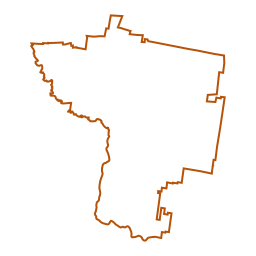 Xicoténcatl, Tamaulipas, Mexico (Natural Earth projection)
{"feature_id": "50627088B55744445073678", "entity_name": "Xicoténcatl", "entity_type": "district", "adm_level": 2, "iso_a3": "MEX", "parent_name": "Mexico", "parent_adm1": "Tamaulipas", "projection": "natural_earth1", "projection_center": [-99.006, 22.986], "detail": "fine", "context": "isolated", "style": "outline", "palette": "amber", "viewbox_px": 256, "rotation_deg": 0, "n_neighbors": 0, "source": "geoboundaries", "source_scale": "gbopen_adm2", "svg_char_len": 5591}
<svg xmlns="http://www.w3.org/2000/svg" viewBox="0 0 256 256"><path d="M153.5,237.2L154.6,236.7L161.2,238.0L161.9,232.1L165.3,232.6L165.5,231.6L168.9,232.1L171.5,213.3L167.9,212.7L167.6,214.6L164.1,214.0L164.6,209.9L164.8,208.4L161.3,207.8L160.0,217.5L159.7,219.9L156.7,219.4L160.2,193.4L158.1,193.1L158.2,191.1L161.5,191.5L161.9,187.7L166.4,188.4L166.9,184.5L167.1,182.4L172.8,183.5L172.9,182.7L177.4,183.4L177.7,182.2L181.7,182.8L183.7,168.4L200.9,171.3L211.8,173.6L212.2,170.0L212.7,166.6L212.6,166.4L213.0,165.7L212.8,165.6L212.9,164.8L213.6,159.8L215.4,160.1L217.0,147.1L220.2,127.7L224.7,97.3L221.0,96.8L220.8,98.4L220.7,98.4L216.4,97.6L215.4,102.0L206.9,101.4L207.8,94.9L216.8,94.3L217.4,88.8L219.2,72.2L223.1,72.8L224.1,64.6L224.3,63.4L224.0,55.5L219.7,54.8L214.6,54.0L197.2,50.5L188.5,49.0L151.7,41.8L148.2,41.2L147.5,39.4L144.8,39.1L144.7,42.2L141.7,42.0L142.8,35.2L137.4,35.0L129.7,34.2L130.5,31.0L129.3,30.9L128.6,30.4L127.4,30.1L127.0,29.9L126.7,29.9L123.7,29.0L121.4,28.2L117.9,27.4L122.3,16.1L110.8,15.4L110.5,17.1L109.7,21.4L108.5,28.7L106.2,28.4L104.6,36.3L99.1,36.2L95.3,36.6L92.9,36.6L86.7,35.9L87.2,37.9L86.8,39.9L85.6,49.3L77.9,47.9L76.4,47.7L76.4,47.2L72.9,47.7L72.9,45.5L71.3,45.8L70.8,43.0L64.8,44.5L63.0,44.5L62.8,42.5L53.7,42.9L48.8,43.0L48.7,42.9L48.0,42.9L48.0,43.4L43.1,43.1L43.1,44.0L37.3,43.8L31.5,43.4L31.7,43.9L32.8,44.4L33.0,44.8L32.7,45.3L31.3,45.9L31.3,46.2L31.6,46.5L32.0,47.3L33.4,49.1L33.6,49.9L34.2,51.0L34.4,51.6L34.3,52.2L33.7,52.4L33.7,53.0L33.6,53.6L34.0,54.2L34.4,55.2L34.5,55.6L34.3,55.9L34.4,56.4L34.6,56.6L35.0,57.1L35.4,57.7L35.8,58.3L37.1,59.5L37.7,60.3L37.9,60.6L37.7,60.9L37.1,61.3L35.7,61.6L35.5,62.7L35.6,63.2L36.0,63.8L37.0,65.0L38.0,65.6L39.4,65.8L40.6,65.2L41.3,65.2L41.9,65.4L42.1,66.0L42.3,68.0L42.0,69.2L41.6,69.5L41.2,70.9L40.6,71.6L40.4,72.3L41.0,72.7L42.0,72.8L42.6,72.5L42.9,72.4L43.1,72.5L43.3,73.4L44.1,74.1L44.3,74.9L44.2,75.6L43.8,76.6L44.0,77.0L44.5,77.4L44.5,78.0L44.3,78.3L43.5,78.9L43.2,79.3L43.3,79.6L43.6,79.7L44.0,80.3L44.8,80.9L45.1,80.9L45.6,80.8L46.0,80.6L46.4,80.5L46.8,80.9L46.7,81.2L46.8,81.4L47.0,81.5L48.2,81.6L49.7,81.2L50.6,80.8L51.3,80.0L51.6,80.0L52.0,80.3L52.3,81.0L52.1,81.7L51.9,82.1L52.2,82.9L51.9,84.1L51.7,84.5L51.2,84.8L51.5,85.6L51.7,86.0L52.3,86.3L52.3,86.6L52.3,86.8L52.0,87.0L51.9,87.3L52.3,87.9L52.3,88.2L52.3,88.7L51.7,89.3L51.9,89.9L51.6,90.1L51.2,90.3L51.2,90.7L52.2,91.4L53.0,92.7L53.0,93.0L51.0,93.8L50.6,93.5L50.4,93.4L50.3,93.7L50.5,94.6L50.6,95.5L50.8,95.6L51.8,95.7L52.8,95.6L53.3,95.5L55.1,96.3L55.6,97.0L55.8,98.3L56.0,98.7L57.1,99.4L57.3,99.8L57.3,100.2L57.8,100.5L58.3,100.0L58.6,100.3L58.9,101.0L59.1,101.1L59.4,101.1L60.0,100.8L60.2,100.3L61.3,100.6L61.6,100.9L61.8,101.1L61.9,101.3L61.9,101.6L61.3,101.9L61.1,102.2L61.2,103.0L61.7,103.3L63.3,103.5L70.5,102.9L71.1,102.9L70.1,110.0L69.6,110.0L69.3,110.2L68.8,111.0L68.2,111.3L68.1,111.6L68.6,111.7L69.1,111.3L69.2,110.9L69.4,110.4L69.6,110.2L69.9,110.1L70.1,110.3L70.3,110.5L70.3,110.9L70.2,111.7L70.2,112.0L70.3,112.4L70.7,112.8L71.1,112.7L71.3,112.6L71.7,112.2L71.8,112.0L71.9,111.7L72.2,111.5L72.4,111.6L72.6,111.8L72.9,112.4L73.5,113.0L73.8,114.4L74.2,114.7L75.5,114.2L75.9,114.2L76.3,115.1L77.7,116.1L78.4,116.5L79.1,116.5L79.6,116.8L80.2,116.8L80.4,116.1L81.0,115.6L81.3,115.5L81.8,115.5L82.0,115.8L81.9,116.2L81.3,116.9L81.4,117.2L82.0,117.3L83.3,116.6L84.1,116.5L84.9,116.4L86.0,117.3L86.7,117.6L87.0,117.7L88.4,117.4L88.7,117.5L88.6,118.4L88.2,119.0L88.2,119.4L89.9,120.5L90.0,120.9L90.2,121.2L90.6,121.3L91.0,121.3L91.6,121.2L92.7,121.4L93.2,121.3L94.2,121.1L95.1,121.1L95.6,120.8L96.1,120.3L96.4,119.6L97.0,119.1L97.5,119.0L97.9,119.1L98.5,119.4L99.2,119.4L99.4,119.4L99.7,119.6L101.2,120.6L101.5,121.1L101.3,122.0L101.4,122.6L102.3,123.3L103.7,125.7L104.1,126.2L105.6,127.5L106.4,128.0L106.7,128.1L107.4,127.8L107.8,127.7L108.1,127.8L108.2,128.2L108.3,128.5L108.3,129.4L108.7,129.8L109.0,130.2L109.0,130.6L108.8,131.1L108.6,132.3L108.6,132.8L108.6,133.4L108.5,135.2L108.9,135.7L109.2,136.6L108.3,137.9L107.8,139.1L107.4,140.4L107.3,141.0L107.3,141.6L108.0,144.9L108.0,145.7L107.7,146.5L106.5,148.1L106.4,149.5L106.7,150.3L107.5,152.1L108.4,154.4L109.2,157.8L109.4,159.9L109.1,160.7L108.7,161.1L106.8,162.2L105.6,163.0L104.7,163.1L103.7,163.7L102.8,164.8L102.0,168.5L102.0,171.0L102.6,173.6L102.5,174.6L100.6,179.8L100.1,181.9L99.5,185.6L99.4,188.3L100.2,192.1L100.3,193.1L100.0,195.4L99.4,196.4L98.9,200.1L98.7,200.7L98.3,201.0L97.3,201.9L96.8,202.7L96.5,204.0L96.3,205.2L96.6,207.5L95.7,211.8L95.2,212.5L94.9,213.7L95.2,215.0L95.9,215.9L96.2,216.5L96.2,217.6L96.3,218.4L96.7,219.0L97.6,219.6L98.1,219.7L98.4,219.8L98.7,220.2L99.2,220.5L99.7,220.8L100.0,221.3L100.6,221.8L101.1,222.2L101.7,222.6L102.5,223.0L103.2,223.3L105.7,224.0L107.4,224.4L107.8,224.4L108.3,224.2L108.8,223.9L109.3,223.3L109.8,222.6L110.0,221.9L110.7,221.1L111.0,220.8L112.0,221.1L112.6,221.5L114.2,222.8L115.6,224.3L117.2,225.4L118.2,225.9L119.1,226.7L120.2,227.3L120.6,227.4L121.2,227.4L122.2,226.8L122.5,226.8L122.9,226.8L124.1,227.3L125.0,227.4L125.9,227.0L126.8,226.4L127.4,226.3L128.0,226.4L128.5,226.7L129.0,227.2L129.3,227.5L129.5,227.8L129.7,228.2L130.3,229.5L130.7,230.5L131.2,231.9L131.5,233.4L131.5,234.2L131.4,236.0L131.4,236.6L131.7,236.9L132.0,237.2L132.6,237.3L134.3,237.1L135.9,236.8L138.4,235.8L139.1,235.8L140.5,236.4L141.3,236.9L141.7,237.3L141.9,237.6L141.9,238.1L142.1,238.5L142.8,239.4L143.5,240.2L144.0,240.5L144.7,240.6L145.2,240.6L145.9,240.3L146.1,240.1L146.3,239.7L147.2,238.8L147.6,238.3L147.8,238.0L148.2,237.8L150.5,237.3L152.5,237.0L153.1,237.0L153.5,237.2Z" fill="none" stroke="#b45309" stroke-width="2"/></svg>